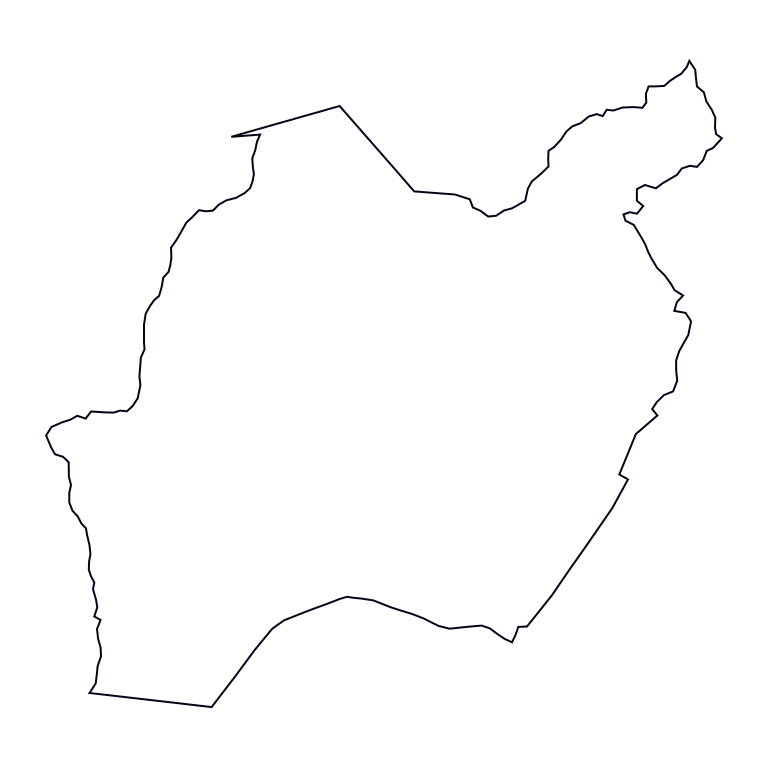 Pocinhos, Paraíba, Brazil (Mercator projection)
{"feature_id": "56859067B52062450709607", "entity_name": "Pocinhos", "entity_type": "district", "adm_level": 2, "iso_a3": "BRA", "parent_name": "Brazil", "parent_adm1": "Paraíba", "projection": "mercator", "projection_center": [-36.082, -7.057], "detail": "fine", "context": "isolated", "style": "outline", "palette": "ink", "viewbox_px": 768, "rotation_deg": 0, "n_neighbors": 0, "source": "geoboundaries", "source_scale": "gbopen_adm2", "svg_char_len": 2742}
<svg xmlns="http://www.w3.org/2000/svg" viewBox="0 0 768 768"><path d="M339.6,106.0L265.6,127.0L231.3,136.8L260.1,134.6L257.0,141.7L255.2,150.4L252.3,158.2L252.8,166.5L253.9,174.1L252.5,181.5L250.1,188.1L244.8,193.0L235.9,197.9L226.2,200.4L218.9,204.6L212.9,210.6L206.0,211.3L199.0,210.2L192.2,217.2L186.3,222.7L182.1,230.2L176.5,239.9L171.0,247.7L171.4,257.7L170.3,265.1L168.6,271.8L163.3,277.6L161.7,286.8L159.1,295.9L154.2,300.1L150.2,305.7L145.7,313.7L144.0,324.5L144.0,335.8L144.0,342.3L144.5,349.4L140.9,357.5L140.2,366.4L139.4,376.5L140.4,385.0L137.7,398.3L132.7,406.0L126.9,411.3L120.0,410.6L113.8,412.6L105.4,412.4L91.1,411.5L85.6,418.6L77.3,415.8L70.3,419.7L61.8,422.4L51.6,426.9L46.1,435.4L51.2,447.6L55.1,454.3L63.0,456.8L68.7,462.2L68.9,476.7L71.0,485.0L69.3,492.7L69.3,502.5L72.4,510.6L77.7,516.4L81.4,523.5L86.0,528.4L87.0,534.7L89.5,545.1L90.4,554.2L89.1,561.5L88.8,569.6L90.8,575.8L94.3,582.5L93.0,589.2L96.1,600.0L97.3,607.3L94.3,616.4L100.6,620.0L97.0,629.0L98.1,638.8L100.6,647.7L101.0,656.4L97.7,665.8L96.8,674.5L95.7,683.4L89.5,693.0L211.6,707.1L235.8,675.6L254.6,650.1L272.0,629.0L278.5,624.2L284.2,620.3L303.5,612.6L317.0,607.5L325.0,604.6L330.9,602.4L339.6,599.0L346.9,596.8L354.2,597.9L361.8,598.6L373.3,600.4L384.7,604.9L392.0,607.7L402.0,610.9L412.2,614.0L424.0,618.6L430.6,622.0L438.8,626.0L449.5,628.7L462.8,627.3L472.8,626.3L481.8,625.6L489.8,628.4L498.2,634.6L504.7,638.9L512.0,642.3L515.5,635.0L518.3,626.9L527.0,626.5L552.0,595.2L556.8,588.1L570.2,568.6L584.8,547.9L612.3,508.1L628.0,479.4L619.3,474.5L635.9,434.0L657.4,415.5L652.2,409.1L656.8,402.1L663.9,395.1L673.1,391.4L677.2,380.7L676.2,370.7L676.1,360.5L679.2,351.2L683.5,343.4L688.3,335.0L689.7,328.0L691.1,321.4L685.6,312.9L674.3,310.9L676.9,302.1L683.1,295.5L674.7,290.3L671.0,284.0L664.7,275.3L657.2,268.0L651.2,258.0L648.0,251.5L645.3,244.5L641.1,237.0L633.8,224.9L625.5,220.7L623.5,214.4L630.0,212.2L637.0,213.7L643.2,206.0L636.9,200.8L636.9,189.2L644.9,185.0L655.9,188.3L662.7,183.2L669.2,179.4L676.9,174.9L681.8,168.5L690.0,165.8L697.0,166.9L703.1,160.2L706.8,150.8L713.0,148.0L721.9,138.3L716.1,134.1L715.0,127.7L715.3,117.6L711.9,110.0L706.4,101.5L703.9,92.4L697.0,86.5L696.0,78.1L695.2,69.8L689.3,60.9L686.9,66.9L681.4,73.6L675.1,77.4L669.5,81.2L664.3,85.9L655.3,86.4L648.6,86.4L645.9,93.8L646.3,102.6L642.4,107.8L633.8,107.1L622.7,107.5L613.4,110.5L606.7,109.8L602.7,116.1L596.7,114.1L588.8,116.5L580.6,123.2L572.4,126.3L566.4,131.5L560.9,139.7L554.3,146.9L548.5,150.8L548.2,159.1L548.5,166.5L541.4,173.4L531.8,181.5L527.9,188.6L525.2,200.8L517.5,205.3L511.7,208.4L504.0,210.5L496.0,215.8L488.2,216.5L480.1,210.6L472.9,207.5L469.8,199.3L455.0,194.5L414.2,191.4L395.0,169.3L339.6,106.0Z" fill="none" stroke="#020617" stroke-width="2"/></svg>